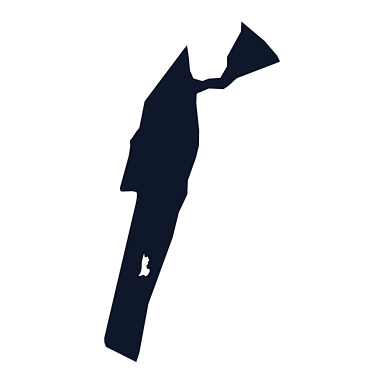 South-East, Equal Earth projection
{"feature_id": "BWA-2648", "entity_name": "South-East", "entity_type": "District", "adm_level": 1, "iso_a3": "BWA", "parent_name": "Botswana", "parent_adm1": "", "projection": "equal_earth", "projection_center": [25.773, -25.011], "detail": "fine", "context": "isolated", "style": "filled", "palette": "ink", "viewbox_px": 384, "rotation_deg": 0, "n_neighbors": 0, "source": "natural_earth", "source_scale": "10m", "svg_char_len": 1034}
<svg xmlns="http://www.w3.org/2000/svg" viewBox="0 0 384 384"><path d="M279.0,61.2L236.5,77.5L227.4,85.7L223.2,88.4L208.8,87.7L199.6,91.6L197.5,92.1L195.9,93.9L195.5,103.0L198.4,130.3L198.2,145.4L195.3,157.4L187.1,180.2L186.6,194.1L178.1,212.2L172.0,237.1L147.6,303.8L138.7,352.3L135.8,361.0L135.7,360.9L106.6,346.3L105.1,342.3L105.0,338.1L136.8,202.3L137.6,197.2L137.7,192.3L135.0,190.8L131.3,190.4L123.6,190.8L121.2,190.6L120.8,189.0L120.6,188.4L129.6,155.6L131.0,145.9L130.7,140.9L133.2,137.7L136.7,132.3L140.0,128.3L145.3,101.7L186.5,46.9L188.0,57.5L189.3,70.8L192.8,79.0L202.4,81.9L208.9,79.4L220.8,78.6L227.8,66.5L227.8,57.1L241.7,31.7L242.0,23.0L264.1,41.6L276.5,56.1L279.0,61.1L279.0,61.2ZM145.4,256.4L144.9,252.6L143.6,252.2L142.5,255.6L141.0,262.2L140.9,267.9L139.9,272.1L137.6,276.1L137.6,277.1L140.5,276.7L143.5,275.6L145.4,277.3L148.6,275.3L150.4,271.8L150.3,268.1L147.9,268.2L147.1,266.0L149.0,264.1L148.7,262.3L150.4,260.0L149.1,258.3L148.6,255.6L145.4,256.4Z" fill="#0f172a" stroke="#020617" stroke-width="1.5"/></svg>